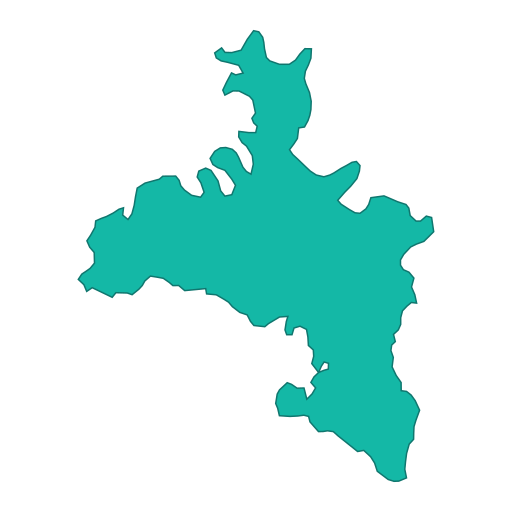 Itapejara d'Oeste, Paraná, Brazil
{"feature_id": "56859067B76387511794293", "entity_name": "Itapejara d'Oeste", "entity_type": "district", "adm_level": 2, "iso_a3": "BRA", "parent_name": "Brazil", "parent_adm1": "Paraná", "projection": "natural_earth1", "projection_center": [-52.828, -25.984], "detail": "fine", "context": "isolated", "style": "filled", "palette": "teal", "viewbox_px": 512, "rotation_deg": 0, "n_neighbors": 0, "source": "geoboundaries", "source_scale": "gbopen_adm2", "svg_char_len": 3440}
<svg xmlns="http://www.w3.org/2000/svg" viewBox="0 0 512 512"><path d="M318.6,372.5L314.0,376.9L310.9,382.4L315.6,387.9L312.1,393.9L306.8,399.2L304.0,388.0L297.1,388.2L291.6,384.4L287.2,382.7L283.7,386.0L279.5,389.9L277.2,394.1L275.7,403.5L277.7,408.3L279.4,415.7L289.9,416.4L297.8,416.0L303.8,415.2L308.6,416.4L310.0,421.9L318.5,431.6L323.1,431.5L327.5,430.8L333.3,431.6L338.2,436.0L343.0,439.8L357.6,451.5L363.8,450.4L370.7,456.8L374.6,463.0L377.3,471.3L388.2,479.5L394.0,481.3L398.8,481.1L406.5,477.9L404.8,469.3L405.5,461.9L406.6,453.3L409.2,444.1L413.6,439.3L413.7,433.2L414.0,426.6L415.9,420.3L419.6,410.2L415.2,400.7L411.1,395.0L406.5,391.4L401.2,390.7L401.1,382.5L396.2,375.5L392.1,366.9L393.3,357.4L390.9,350.5L391.7,345.0L395.3,341.6L393.5,334.4L398.3,329.9L400.7,324.4L400.7,317.7L402.5,310.8L407.1,306.0L411.3,302.5L416.6,303.1L414.8,294.7L411.5,287.0L413.9,278.1L409.0,272.2L403.4,269.7L400.5,265.2L400.5,259.9L403.7,254.4L410.6,247.0L416.2,244.2L423.9,241.4L433.7,231.7L431.6,217.5L426.3,216.1L420.5,221.1L416.1,221.1L410.2,215.6L408.8,208.1L406.0,204.5L397.5,201.7L393.6,200.0L389.2,198.1L384.0,195.9L370.9,197.7L368.7,204.5L365.9,208.9L360.0,213.3L355.0,212.8L349.1,209.4L341.1,204.2L337.7,200.3L344.8,192.2L350.7,186.2L356.9,178.6L359.4,171.1L360.0,165.6L356.4,161.5L352.0,162.3L346.3,165.6L341.0,168.4L334.0,172.9L329.9,175.0L323.9,176.8L316.2,175.0L310.3,171.1L305.6,166.7L297.8,159.2L292.7,154.5L289.5,149.7L293.8,144.0L297.4,138.5L298.7,127.9L304.5,127.0L308.0,120.6L309.8,115.3L310.9,109.6L311.2,101.3L309.5,92.6L305.8,83.7L304.3,78.4L305.4,71.2L308.4,64.9L310.9,58.2L311.4,48.8L304.9,48.7L299.9,54.0L295.5,60.1L289.3,64.3L284.0,64.3L279.4,64.3L269.8,60.9L266.4,57.5L264.5,48.8L263.8,42.4L262.7,37.3L258.8,31.8L253.6,30.7L247.3,39.3L241.1,50.2L231.8,52.6L225.0,52.4L221.6,47.9L214.7,52.9L216.3,57.9L221.1,60.9L227.6,62.3L238.7,65.3L243.1,73.1L235.7,74.9L231.5,72.9L226.4,82.5L222.8,90.1L224.9,95.1L233.0,90.9L239.0,91.0L249.5,96.3L252.8,100.1L255.5,113.1L251.9,118.3L253.7,122.9L257.2,126.2L255.7,132.6L248.8,132.6L238.9,131.4L238.7,136.9L242.1,142.6L246.5,146.1L252.3,155.6L253.3,164.2L251.0,174.2L246.4,171.5L242.9,167.2L238.5,157.1L236.2,152.9L232.3,149.3L225.8,147.5L220.3,147.9L214.7,151.4L210.1,158.4L212.9,164.5L217.7,167.6L224.9,170.3L231.8,179.2L235.5,185.3L231.8,194.7L224.9,196.1L220.7,190.9L218.0,180.9L211.0,170.4L205.7,168.1L198.8,171.1L197.2,177.0L200.9,182.8L204.1,192.3L200.6,197.2L191.6,195.3L184.5,190.1L180.8,185.8L179.1,180.3L175.7,176.1L162.8,176.2L159.3,179.2L145.0,183.1L137.2,188.1L135.5,196.8L134.2,205.3L131.9,213.9L128.0,219.5L122.7,215.1L123.5,207.8L119.0,209.2L113.1,213.1L106.5,216.5L101.3,218.4L95.7,220.9L95.0,227.3L90.7,235.1L86.9,240.8L89.7,247.2L94.2,252.5L94.5,263.1L90.1,268.4L86.3,271.1L81.8,274.1L78.3,279.4L83.9,284.7L86.7,291.4L92.2,287.7L112.2,297.3L115.9,292.7L127.3,293.0L132.1,294.7L138.9,289.2L142.3,285.5L144.8,281.0L150.4,276.1L156.8,277.1L163.3,278.3L169.2,282.4L172.9,285.6L178.7,285.5L184.7,290.6L205.7,288.6L206.6,293.9L216.3,294.8L223.7,299.1L228.6,302.2L232.4,306.7L239.8,312.4L247.2,314.9L250.5,321.4L253.9,325.5L264.8,326.7L268.5,323.6L279.5,317.0L287.9,316.4L286.3,321.6L285.0,329.9L286.7,334.7L292.0,334.7L294.0,328.0L300.0,326.2L306.5,329.4L307.9,337.0L308.4,345.5L313.3,349.9L313.7,356.3L311.8,363.6L318.6,372.5ZM318.6,372.5L321.4,366.1L324.1,362.0L328.5,363.3L328.3,369.1L324.0,370.3L318.6,372.5Z" fill="#14b8a6" stroke="#0f766e" stroke-width="1.5"/></svg>